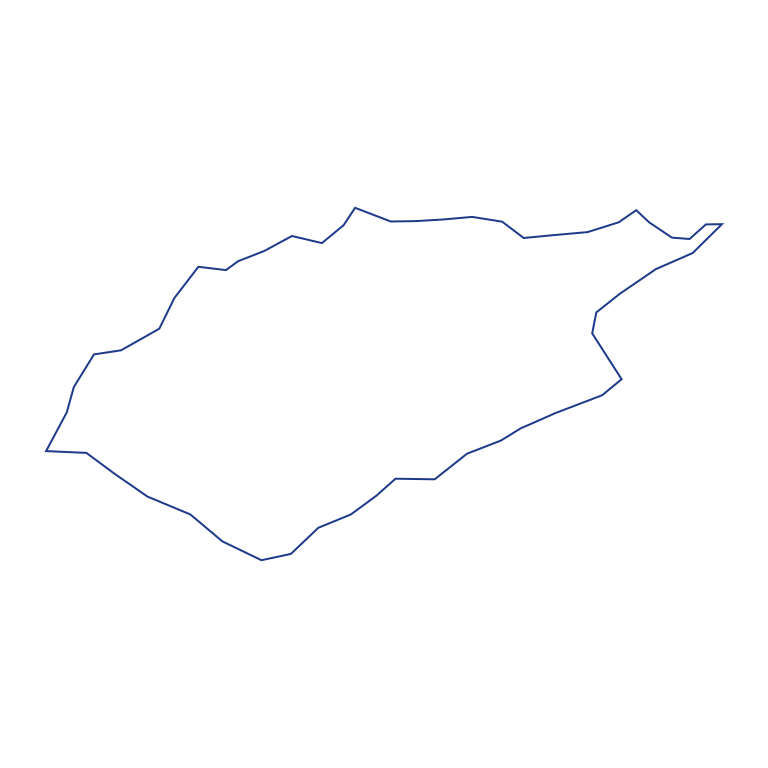 the district of Mingbulak, Namangan, Uzbekistan
{"feature_id": "79887680B504113599955", "entity_name": "Mingbulak", "entity_type": "district", "adm_level": 2, "iso_a3": "UZB", "parent_name": "Uzbekistan", "parent_adm1": "Namangan", "projection": "natural_earth1", "projection_center": [71.366, 40.766], "detail": "fine", "context": "isolated", "style": "outline", "palette": "blue", "viewbox_px": 768, "rotation_deg": 0, "n_neighbors": 0, "source": "geoboundaries", "source_scale": "gbopen_adm2", "svg_char_len": 770}
<svg xmlns="http://www.w3.org/2000/svg" viewBox="0 0 768 768"><path d="M395.5,478.7L434.7,479.3L467.0,453.7L501.0,440.5L520.6,428.4L555.8,412.9L602.2,395.2L621.6,379.2L592.2,333.4L596.3,312.4L619.9,293.7L655.9,269.1L692.7,253.0L721.9,224.2L705.9,224.4L689.5,239.0L671.9,237.6L649.1,222.3L636.2,210.2L618.7,222.3L587.5,232.1L551.8,235.3L523.7,238.0L502.2,221.7L472.2,216.9L442.8,219.5L416.1,221.1L390.7,221.5L355.1,207.8L343.6,225.2L321.9,243.1L292.0,236.0L264.2,251.0L238.1,261.2L226.0,270.1L198.4,266.8L174.4,298.0L159.3,328.7L121.0,350.3L94.0,354.4L73.8,387.1L66.8,412.3L46.1,451.1L86.4,452.9L113.9,473.3L147.5,496.6L190.4,514.5L222.4,541.4L261.4,560.2L290.9,553.9L318.3,527.8L350.9,514.4L376.5,495.6L395.5,478.7Z" fill="none" stroke="#1e3a8a" stroke-width="2"/></svg>